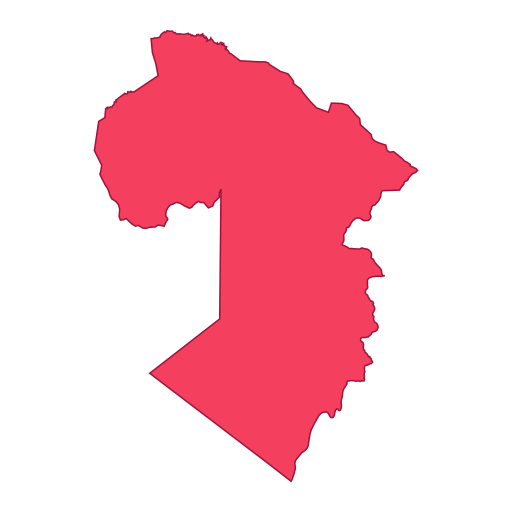 the district of Anglimp/South Waghi District, Western Highlands, Papua New Guinea
{"feature_id": "67681753B93729898494529", "entity_name": "Anglimp/South Waghi District", "entity_type": "district", "adm_level": 2, "iso_a3": "PNG", "parent_name": "Papua New Guinea", "parent_adm1": "Western Highlands", "projection": "robinson", "projection_center": [144.62, -6.074], "detail": "fine", "context": "isolated", "style": "filled", "palette": "rose", "viewbox_px": 512, "rotation_deg": 0, "n_neighbors": 0, "source": "geoboundaries", "source_scale": "gbopen_adm2", "svg_char_len": 6026}
<svg xmlns="http://www.w3.org/2000/svg" viewBox="0 0 512 512"><path d="M224.3,46.0L223.7,43.7L222.9,44.9L221.6,44.7L222.2,42.9L220.8,42.3L218.9,44.0L217.6,44.3L217.4,42.9L216.3,43.6L213.6,42.0L212.5,39.9L211.5,39.6L210.9,38.0L210.2,39.7L206.8,41.0L207.6,39.2L205.9,36.8L205.3,38.1L204.1,37.2L203.8,36.8L204.0,35.6L202.9,35.8L202.7,33.8L201.0,34.7L200.9,35.7L198.9,35.4L198.7,34.4L196.7,34.7L196.4,35.9L193.8,36.0L192.2,35.0L191.5,35.7L190.5,34.4L189.2,34.2L188.3,33.3L184.3,34.4L180.0,33.9L176.5,33.9L175.0,32.5L173.6,32.7L172.5,31.2L170.2,31.3L167.1,30.7L165.8,32.3L164.4,31.9L163.2,32.7L161.4,34.2L160.1,36.1L160.0,37.2L158.2,37.5L156.6,38.1L155.0,37.8L153.1,38.6L151.1,38.6L152.4,52.7L155.8,63.5L158.1,75.7L134.2,91.8L132.4,92.0L130.9,91.3L130.7,92.2L127.8,91.7L127.4,93.7L126.8,94.1L124.6,93.4L124.6,93.6L118.4,98.1L116.8,99.7L115.8,100.0L116.3,101.7L114.3,102.0L114.0,104.5L112.6,105.6L111.9,107.2L110.6,106.9L109.2,107.5L107.7,107.3L107.6,108.3L106.9,107.6L105.6,108.9L104.9,117.6L98.7,121.4L94.4,150.6L101.7,165.2L101.0,170.1L99.9,174.2L101.8,178.4L103.5,181.5L105.0,184.6L107.3,188.0L108.6,190.8L109.4,193.6L110.5,196.6L112.0,199.0L115.9,201.5L118.3,204.4L119.7,209.0L119.4,213.2L119.1,216.5L120.4,220.1L123.4,219.8L126.2,218.5L129.0,221.3L132.0,224.0L135.6,226.2L138.0,225.4L140.0,226.3L142.9,228.1L146.2,228.3L149.1,227.4L151.7,227.1L155.4,226.9L157.9,225.2L160.8,225.4L164.1,226.3L166.0,221.9L167.7,219.7L167.5,218.1L166.2,216.8L165.6,214.5L166.0,212.9L166.2,210.9L168.0,207.5L170.1,205.1L173.1,204.0L175.9,202.5L179.9,203.0L184.0,205.6L189.2,208.2L191.7,207.4L193.3,205.2L196.2,202.8L198.4,201.4L200.9,202.6L203.8,202.5L206.2,205.3L208.4,207.9L212.7,206.0L214.2,202.3L217.3,199.2L219.4,197.3L219.3,193.2L221.0,189.0L219.7,318.9L149.7,373.3L269.1,464.2L291.1,481.3L292.2,479.1L293.2,476.1L294.2,473.3L294.9,470.2L295.3,468.9L295.4,466.9L295.1,465.7L294.9,464.0L294.9,462.7L295.3,461.2L296.1,459.6L301.6,452.9L305.0,450.5L306.3,449.2L307.3,447.9L308.2,445.6L308.5,443.8L309.1,439.1L309.8,434.9L310.5,432.2L311.4,429.5L314.1,424.0L317.6,417.8L319.2,415.1L320.5,413.8L321.8,412.8L323.6,412.2L325.3,411.9L326.7,412.1L327.7,412.6L328.7,414.2L329.7,416.0L330.7,417.5L332.1,417.7L333.0,417.4L333.9,416.3L334.5,414.7L334.9,412.3L335.4,410.6L335.8,409.7L337.2,408.7L337.6,409.0L338.0,409.7L338.8,410.5L339.6,410.6L340.5,410.0L341.2,408.1L341.5,406.0L341.4,404.2L341.1,402.3L341.2,401.1L341.4,399.6L342.0,397.6L342.4,395.6L342.9,391.0L343.4,390.0L344.1,388.2L344.9,387.3L345.4,385.9L346.4,385.1L346.9,384.0L347.0,383.5L346.7,382.7L347.7,380.9L349.0,381.0L349.9,380.9L350.8,380.5L352.9,380.7L354.0,380.8L356.3,381.2L358.8,380.9L359.8,381.4L360.5,381.4L361.5,380.8L364.0,380.9L364.2,380.3L364.6,379.4L364.4,378.7L364.1,378.1L364.5,376.4L364.1,374.9L364.3,372.9L364.8,372.2L364.9,371.7L364.4,370.1L364.4,368.1L364.6,367.1L365.2,365.3L367.4,365.2L369.4,364.2L370.0,363.7L370.5,363.5L371.3,363.6L371.9,362.9L372.6,362.2L372.2,361.3L371.2,359.9L371.2,359.2L371.1,358.6L370.1,357.6L369.9,356.8L369.6,356.5L368.9,356.7L368.4,356.4L368.0,355.4L367.4,354.9L367.0,353.8L366.4,353.3L364.9,352.1L364.6,350.3L363.8,349.7L363.3,348.7L363.5,347.8L363.2,346.9L363.5,346.2L363.5,345.3L363.5,344.1L363.0,342.9L362.8,342.2L362.4,341.9L361.5,341.7L361.1,341.2L360.7,340.3L360.5,339.0L361.1,338.1L362.0,337.5L365.2,337.6L367.2,336.9L368.2,337.1L369.6,335.6L371.0,334.5L372.0,332.5L373.1,331.9L374.1,331.6L375.4,331.3L376.5,330.6L377.2,329.9L377.8,328.4L378.1,327.2L377.9,325.9L377.2,324.1L376.2,323.0L375.2,322.4L374.5,321.9L374.2,321.3L373.7,319.9L373.5,318.8L373.7,317.8L373.9,316.7L373.5,316.0L372.9,315.5L372.7,314.5L372.7,313.5L373.1,312.5L374.2,310.8L374.7,309.5L374.7,308.1L374.2,306.6L373.3,305.3L373.1,304.5L373.5,303.4L373.3,302.8L373.0,302.4L372.9,301.9L372.6,301.4L371.3,301.1L370.5,300.7L369.9,300.0L369.1,298.3L368.1,297.1L367.8,295.6L367.1,294.7L365.5,293.6L365.3,292.7L365.4,291.5L366.0,289.7L367.4,288.4L367.7,287.3L367.7,286.4L367.3,284.5L367.4,284.1L367.5,282.9L367.4,281.6L367.4,280.1L367.9,279.2L369.2,278.0L371.0,277.1L372.4,276.7L374.1,276.6L375.2,276.4L376.9,276.3L380.7,276.4L384.8,275.7L383.0,275.4L382.4,275.0L382.0,274.2L381.7,272.6L381.6,271.3L381.3,270.0L380.0,268.0L378.0,266.0L375.0,262.6L373.3,259.3L371.5,258.2L371.1,257.1L371.5,255.9L371.5,254.7L371.3,253.2L370.9,252.3L370.1,251.3L369.1,250.3L367.5,249.2L364.2,248.6L361.9,247.9L359.5,249.1L353.0,248.7L351.7,248.4L349.6,248.7L346.7,246.8L345.7,246.4L345.0,245.9L343.1,245.3L342.7,245.0L342.3,244.8L342.4,243.5L342.7,243.2L342.9,242.5L343.7,241.2L343.9,239.2L343.8,236.9L343.8,235.9L343.7,235.1L344.0,234.1L345.6,231.9L346.4,230.0L346.4,229.0L346.8,227.5L347.2,227.2L347.3,227.2L347.5,227.4L348.5,227.4L349.9,225.6L351.1,223.0L351.5,222.4L353.2,220.3L353.9,220.0L355.1,218.7L356.9,217.9L357.7,217.9L357.8,218.1L358.1,218.1L358.2,217.9L359.2,217.9L360.3,218.3L361.0,218.8L361.5,219.4L362.9,220.1L363.2,220.1L363.4,220.4L364.1,220.7L368.5,220.4L369.8,219.2L370.5,218.3L370.9,217.2L370.9,216.3L370.7,215.7L370.0,214.4L370.0,212.3L370.3,211.2L371.3,209.0L371.6,207.6L372.2,206.2L372.5,205.9L373.7,205.2L374.3,205.2L375.0,204.9L376.0,203.7L376.6,202.9L377.4,202.2L378.8,200.5L380.6,196.8L380.9,193.8L381.7,191.5L382.3,190.7L399.6,190.1L399.9,189.7L400.4,188.5L401.2,187.3L403.6,184.6L404.1,182.6L404.9,181.5L405.4,181.2L406.2,181.0L407.5,180.4L408.0,179.7L408.3,178.6L408.7,177.9L410.4,175.8L412.4,173.9L413.4,173.3L415.1,172.8L415.4,172.6L416.3,171.8L417.3,170.7L417.6,170.5L415.9,168.5L409.9,165.8L410.3,164.5L406.6,162.0L404.4,161.0L401.9,158.3L393.7,151.7L390.8,152.0L389.3,152.1L386.9,150.1L385.8,145.1L379.5,143.1L375.1,141.2L372.2,138.7L371.1,134.4L360.3,124.6L359.7,118.6L355.3,114.3L348.0,105.3L341.7,103.5L331.4,103.1L328.4,112.3L316.5,107.8L310.2,101.4L302.3,91.8L300.8,89.0L296.0,85.5L293.3,83.4L293.6,81.7L292.8,80.1L288.0,73.8L280.3,71.4L269.7,64.7L268.2,62.9L265.5,61.9L257.2,61.7L240.1,60.8L231.1,53.9L229.6,53.2L228.0,50.7L226.5,49.3L225.5,49.6L225.3,48.4L226.2,48.1L226.7,46.9L224.3,46.0Z" fill="#f43f5e" stroke="#9f1239" stroke-width="1.5"/></svg>